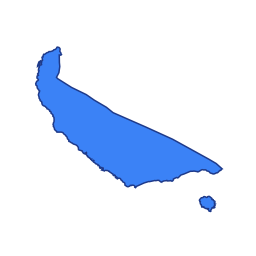 Buru Selatan, Maluku, Indonesia, rotated 12°
{"feature_id": "22746128B90083339512512", "entity_name": "Buru Selatan", "entity_type": "district", "adm_level": 2, "iso_a3": "IDN", "parent_name": "Indonesia", "parent_adm1": "Maluku", "projection": "orthographic", "projection_center": [126.898, -3.508], "detail": "fine", "context": "isolated", "style": "filled", "palette": "blue", "viewbox_px": 256, "rotation_deg": 12, "n_neighbors": 0, "source": "geoboundaries", "source_scale": "gbopen_adm2", "svg_char_len": 5813}
<svg xmlns="http://www.w3.org/2000/svg" viewBox="0 0 256 256"><g transform="rotate(12 128 128)"><path d="M47.7,70.0L46.9,69.1L46.5,68.2L45.3,67.2L45.3,65.6L45.1,64.8L44.8,64.3L43.8,63.6L42.4,63.5L42.0,63.6L41.7,63.8L41.5,64.8L40.7,66.2L39.4,66.8L39.0,67.2L38.9,67.6L37.9,68.5L35.9,69.5L34.9,69.6L34.2,70.6L33.0,71.2L31.0,73.4L30.2,73.4L30.1,73.7L29.9,75.3L30.2,76.0L29.4,76.3L29.2,76.9L30.1,78.6L30.0,78.9L30.1,79.4L29.8,79.7L29.9,80.1L30.0,80.1L29.7,80.6L29.7,81.4L29.9,82.0L29.8,83.2L30.3,84.0L30.1,84.2L29.0,84.8L28.6,85.3L28.6,85.8L28.5,86.0L28.6,87.3L28.2,87.7L28.2,88.1L28.3,88.6L28.3,89.9L28.6,89.9L29.0,90.4L29.0,90.9L28.8,91.8L29.0,92.7L28.7,93.4L28.3,93.8L28.3,94.0L28.9,94.6L29.1,94.7L29.4,95.0L28.3,96.1L28.4,97.2L28.6,98.1L30.2,99.2L30.3,99.8L30.0,100.4L29.0,101.3L28.5,103.7L28.7,103.9L28.9,105.0L29.2,105.3L30.3,105.8L30.9,107.7L33.2,109.8L33.9,110.1L33.9,110.3L33.6,110.7L33.6,111.1L33.8,111.1L33.8,111.5L33.6,112.0L33.4,113.8L33.6,114.6L34.7,116.4L34.7,117.1L36.2,118.7L36.2,119.2L36.6,119.6L37.9,120.2L38.1,120.4L38.4,121.1L38.6,121.3L38.6,121.7L39.3,123.0L40.6,123.8L41.8,123.9L42.5,124.2L42.8,124.2L43.1,124.6L44.4,125.2L44.7,126.0L46.1,126.2L46.4,126.5L47.7,126.9L47.9,127.8L48.1,128.0L48.3,127.9L49.0,128.2L49.4,128.4L49.6,128.8L49.6,129.5L51.3,130.4L51.9,130.9L52.0,131.0L51.9,131.4L52.2,131.8L52.1,132.1L53.1,132.8L53.5,133.3L53.7,134.4L54.1,135.3L54.0,135.8L54.3,136.4L54.3,137.3L54.0,138.4L54.1,138.8L53.9,140.0L54.6,140.8L54.5,141.6L54.8,142.2L55.5,142.6L55.7,143.2L56.7,144.7L56.6,144.8L57.1,145.2L58.3,145.9L58.7,146.0L59.3,146.8L63.5,145.9L65.1,146.0L65.6,146.3L65.7,146.5L66.7,147.3L68.4,148.0L68.8,148.4L68.8,148.6L69.8,149.2L70.4,149.7L70.7,150.5L71.1,151.2L72.3,151.9L72.3,152.0L72.9,152.7L72.8,153.2L73.0,153.4L74.3,153.6L75.8,154.3L76.4,154.3L77.8,155.0L80.5,155.3L81.9,155.9L83.4,157.3L84.1,159.5L84.8,159.7L87.8,159.9L88.1,160.5L89.0,161.2L89.1,161.5L90.0,162.1L91.1,162.3L91.3,162.0L91.3,161.4L91.5,161.4L92.3,160.7L92.4,161.1L92.7,161.2L92.6,161.5L92.3,161.6L92.0,161.5L91.5,161.8L91.7,162.3L92.4,162.5L93.6,163.4L93.7,163.6L94.1,163.5L94.6,164.1L94.5,164.4L94.7,164.6L95.2,164.7L96.6,165.4L96.7,165.2L97.0,165.4L97.5,165.6L97.9,166.2L98.2,166.2L98.2,166.3L98.9,166.1L98.8,166.6L99.1,167.1L100.4,167.7L100.8,166.8L101.4,166.9L101.2,168.3L101.4,168.5L102.3,168.7L103.2,169.2L103.8,169.7L104.7,169.7L105.6,170.1L106.1,170.0L106.4,170.4L106.3,170.6L106.5,170.9L107.0,170.6L107.5,170.8L108.1,171.5L108.2,172.0L108.5,172.2L108.9,172.1L109.0,172.7L108.7,172.8L108.9,173.1L109.2,173.2L109.4,172.9L109.6,172.9L109.4,172.6L109.6,172.5L110.5,172.1L110.8,172.1L111.6,172.7L112.1,172.5L112.2,173.2L112.3,173.6L112.2,173.8L111.7,173.8L111.1,174.1L111.1,174.3L110.9,174.3L111.1,174.4L111.0,174.6L112.2,174.6L112.5,174.8L113.4,174.7L113.7,174.9L113.8,174.7L114.5,174.2L116.7,173.9L117.3,173.9L118.1,174.4L118.5,174.2L118.8,174.3L119.4,174.9L120.8,175.4L122.0,176.0L122.6,176.0L123.2,177.1L123.5,177.1L123.8,177.4L124.4,176.8L124.7,176.9L124.8,177.1L125.2,177.1L125.2,177.3L125.6,177.6L125.7,178.1L125.6,178.3L125.9,178.7L126.4,178.8L127.0,178.2L127.2,178.3L127.5,178.7L127.9,179.0L127.2,179.4L127.6,179.5L128.1,180.0L128.4,179.9L128.8,179.2L129.0,179.1L130.4,178.9L131.2,179.2L132.1,180.4L133.0,180.6L133.9,181.6L134.4,181.9L135.4,182.1L136.2,182.5L136.6,183.3L136.9,184.5L139.0,185.4L140.2,185.5L141.9,184.4L142.1,183.7L143.0,183.4L143.5,183.5L143.7,183.2L144.6,182.9L145.7,182.9L146.5,183.3L146.9,183.6L146.9,184.5L147.8,184.8L148.0,184.4L147.7,184.2L148.2,183.5L155.2,178.4L159.3,176.1L160.2,176.0L165.1,173.8L165.6,173.7L166.0,173.8L167.9,173.0L169.3,172.8L169.8,173.2L170.6,173.5L171.1,173.9L172.1,173.8L172.3,173.9L172.4,173.5L174.1,172.3L176.6,171.5L176.9,171.2L177.4,171.6L179.5,171.1L180.8,170.5L181.3,170.9L182.1,170.8L182.6,170.6L183.2,169.3L183.0,168.5L183.7,167.9L185.5,166.5L185.9,166.3L186.9,166.5L187.2,166.4L188.8,164.2L189.1,163.5L189.7,162.9L192.4,161.3L198.0,157.4L200.5,156.8L201.4,156.4L204.5,156.3L205.3,156.4L205.5,156.1L206.1,156.1L208.8,153.5L209.9,153.2L211.1,153.3L212.0,152.8L213.3,153.0L213.8,153.5L216.2,153.7L217.8,154.9L219.9,155.1L220.2,155.0L220.7,155.3L221.1,155.2L221.8,154.8L222.3,154.8L222.9,154.1L223.3,154.0L223.9,153.4L224.8,153.2L225.3,152.6L226.6,150.5L227.2,150.4L227.7,150.0L227.9,148.9L228.6,148.4L221.6,144.4L213.5,141.7L173.9,129.7L145.4,123.4L110.2,116.1L102.5,112.2L89.3,107.8L80.2,104.0L64.5,100.1L49.0,94.4L47.5,93.3L48.9,88.3L48.5,82.1L47.3,78.3L45.6,70.9L47.1,70.7L47.7,70.0ZM224.5,179.3L222.1,178.1L221.6,178.0L220.9,178.2L220.2,178.6L219.9,179.3L219.4,179.6L219.0,179.6L218.2,179.3L216.9,179.2L216.4,179.4L215.7,180.5L214.3,181.0L213.8,181.6L212.9,183.3L212.9,184.0L213.1,184.2L213.4,184.3L213.5,184.8L214.0,184.9L213.9,185.5L214.3,186.4L214.5,187.0L214.8,187.4L215.5,187.7L215.6,188.2L215.9,188.4L216.5,189.9L217.1,189.8L217.4,189.5L217.9,189.8L218.2,189.7L218.3,189.5L218.4,189.4L218.7,189.5L218.7,190.0L219.0,190.1L219.6,190.2L220.4,190.6L221.6,190.4L222.3,190.8L222.5,190.7L222.9,190.8L222.4,190.4L222.7,190.2L223.0,190.1L223.5,190.2L223.4,191.2L224.2,191.8L224.5,192.4L226.0,192.5L226.3,192.3L226.3,191.9L226.0,191.6L226.1,190.9L226.8,189.4L226.7,188.8L227.0,188.5L227.5,188.5L227.5,188.1L227.7,187.9L228.5,188.1L228.7,188.3L229.4,187.7L229.2,187.3L228.6,187.2L228.4,186.8L228.8,186.0L229.1,186.0L229.2,185.7L228.7,185.5L228.6,185.4L228.6,185.0L229.2,184.2L228.6,184.1L228.4,183.7L228.1,183.6L228.0,183.2L228.5,182.5L228.4,182.0L228.1,181.6L227.8,181.4L227.0,181.4L226.6,181.2L226.3,180.7L226.2,180.4L225.8,180.4L225.2,180.0L224.9,180.2L224.8,179.7L224.5,179.3ZM26.8,86.4L27.7,85.4L27.7,85.1L28.3,84.7L28.4,84.2L28.2,84.0L28.1,83.2L28.3,82.9L28.3,81.8L28.7,81.5L28.6,80.9L28.7,80.7L28.4,80.5L27.6,81.7L27.3,81.7L27.1,82.1L26.6,85.9L26.7,86.3L26.8,86.3L26.8,86.4Z" fill="#3b82f6" stroke="#1e3a8a" stroke-width="1.5"/></g></svg>